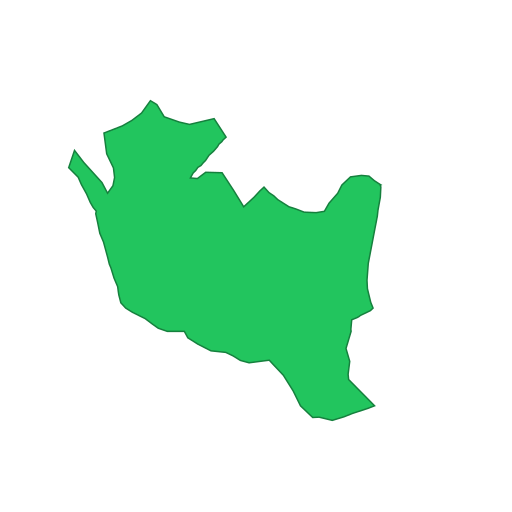 the district of Ohafia, Abia, Nigeria, rotated 157°
{"feature_id": "59680162B76876152340896", "entity_name": "Ohafia", "entity_type": "district", "adm_level": 2, "iso_a3": "NGA", "parent_name": "Nigeria", "parent_adm1": "Abia", "projection": "natural_earth1", "projection_center": [7.789, 5.658], "detail": "fine", "context": "isolated", "style": "filled", "palette": "green", "viewbox_px": 512, "rotation_deg": 157, "n_neighbors": 0, "source": "geoboundaries", "source_scale": "gbopen_adm2", "svg_char_len": 1915}
<svg xmlns="http://www.w3.org/2000/svg" viewBox="0 0 512 512"><g transform="rotate(157 256 256)"><path d="M371.0,224.8L367.1,221.3L351.4,214.6L350.7,207.3L343.9,197.5L334.5,186.3L321.5,179.1L316.2,173.1L311.2,166.0L304.1,160.4L288.7,156.1L284.5,154.9L282.6,149.6L277.4,135.5L274.5,117.3L273.7,102.9L273.6,100.7L266.9,85.2L260.9,83.0L250.0,74.9L237.9,73.6L228.7,73.4L212.3,72.0L205.4,71.8L214.8,95.5L219.0,106.1L217.4,111.2L210.9,122.4L209.3,135.7L197.9,149.5L197.3,151.5L192.8,159.9L187.1,159.8L185.0,160.0L183.2,160.5L172.0,161.0L168.6,162.3L168.5,168.5L167.0,177.7L166.2,182.4L163.3,190.3L155.5,205.4L150.6,212.7L144.5,221.8L135.8,234.8L131.4,241.3L130.5,242.7L129.9,243.6L128.9,245.0L125.9,250.4L118.6,261.5L114.1,270.8L114.0,272.7L113.3,272.7L115.1,275.3L117.7,279.2L120.8,285.4L127.5,289.0L138.1,291.9L149.2,287.8L156.3,281.8L168.1,276.1L175.6,270.4L183.7,272.4L187.3,274.1L194.5,277.5L200.7,283.5L203.4,285.9L206.4,288.4L213.9,299.3L216.1,304.4L219.3,309.3L221.7,316.3L227.0,314.4L234.7,310.9L248.1,306.1L249.6,316.0L251.0,325.3L252.0,330.8L254.7,345.9L269.6,352.7L279.7,350.2L282.7,351.8L285.9,353.5L281.4,357.0L278.2,358.2L274.9,360.3L271.3,360.8L268.2,362.4L265.2,363.6L259.9,367.1L254.2,369.0L248.7,371.7L246.5,373.4L242.8,374.6L241.0,375.7L237.1,377.1L240.9,398.8L265.8,403.1L274.2,409.2L286.1,420.0L288.1,434.1L292.5,440.2L305.5,432.3L317.3,429.3L328.2,428.0L347.9,428.6L353.5,408.4L352.8,392.8L355.5,383.5L360.2,376.6L368.1,371.8L369.1,383.8L378.0,409.4L381.8,424.1L393.9,410.5L388.9,398.0L388.8,390.0L387.7,379.3L387.6,370.0L386.9,364.3L385.5,359.8L387.0,357.5L388.7,348.6L390.1,341.8L390.9,337.9L390.9,330.5L390.9,328.5L392.0,320.5L393.1,312.5L394.2,305.8L394.2,301.8L395.3,291.1L395.3,288.4L395.3,281.8L396.7,276.9L397.5,273.7L398.7,265.7L396.3,259.0L391.7,252.4L387.1,247.1L387.0,246.9L382.5,241.7L377.9,233.7L374.2,227.7L371.0,224.8Z" fill="#22c55e" stroke="#15803d" stroke-width="1.5"/></g></svg>